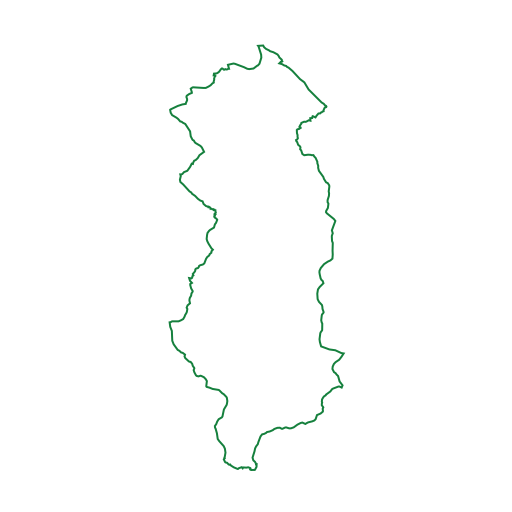 outline of Valea Viilor, Sibiu, Romania, rotated 55°
{"feature_id": "2599482B28979947383281", "entity_name": "Valea Viilor", "entity_type": "district", "adm_level": 2, "iso_a3": "ROU", "parent_name": "Romania", "parent_adm1": "Sibiu", "projection": "orthographic", "projection_center": [24.308, 46.067], "detail": "fine", "context": "isolated", "style": "outline", "palette": "green", "viewbox_px": 512, "rotation_deg": 55, "n_neighbors": 0, "source": "geoboundaries", "source_scale": "gbopen_adm2", "svg_char_len": 6090}
<svg xmlns="http://www.w3.org/2000/svg" viewBox="0 0 512 512"><g transform="rotate(55 256 256)"><path d="M429.0,376.5L426.9,374.9L426.6,375.5L425.9,375.1L424.0,374.9L421.9,375.4L419.2,374.5L415.1,369.2L413.1,367.1L412.0,365.1L411.2,362.5L409.8,360.8L406.4,355.8L405.6,353.3L406.4,351.3L406.7,349.1L406.5,348.0L407.6,345.5L408.3,342.1L408.2,340.2L409.0,337.1L410.3,335.0L412.3,334.0L412.7,333.5L413.2,330.6L413.6,329.7L416.3,327.6L417.2,326.2L418.0,323.4L417.9,318.8L418.4,315.2L419.0,313.6L421.9,311.9L422.0,310.1L422.2,308.7L423.7,304.8L424.2,302.6L423.9,300.8L421.3,297.3L422.1,293.4L421.8,290.5L421.3,290.0L419.4,289.0L418.6,287.7L416.0,287.7L414.9,286.9L413.9,285.8L413.2,285.7L411.4,284.2L410.4,282.1L410.0,280.7L410.1,278.8L409.7,278.2L409.6,272.8L408.7,270.0L408.8,268.9L410.2,263.4L410.8,262.5L412.9,261.3L411.6,259.3L406.8,259.5L401.4,257.6L399.2,258.0L397.6,258.0L395.9,258.7L392.4,258.2L390.6,256.6L389.1,254.1L388.6,251.7L388.7,247.4L387.6,243.8L386.1,240.1L384.4,241.8L378.7,245.1L374.6,249.5L367.4,254.5L363.1,253.0L360.6,251.7L356.1,247.6L355.6,246.8L354.8,244.5L354.5,244.2L349.4,240.5L347.9,240.2L346.0,239.4L342.4,236.2L341.8,235.5L341.3,233.6L340.8,232.8L337.6,231.9L335.3,230.6L333.9,230.1L329.7,230.7L326.9,230.3L326.1,229.9L322.0,227.4L318.9,224.4L317.9,221.6L317.0,216.4L314.8,215.7L313.0,216.1L311.4,215.9L307.3,214.2L305.7,213.4L304.5,212.4L303.0,209.8L301.7,204.9L301.8,200.4L302.3,197.6L302.0,194.9L298.8,192.3L295.5,190.2L289.3,185.6L287.3,185.1L283.5,182.7L282.9,182.2L281.4,180.1L278.5,179.1L272.8,170.9L270.3,171.0L261.6,173.5L260.2,173.5L259.3,172.6L257.9,169.6L255.4,167.3L254.5,166.6L253.0,166.5L251.3,165.3L248.6,161.8L246.6,160.2L244.8,159.4L241.2,156.1L240.1,155.5L237.5,155.4L235.9,156.3L235.2,156.3L231.8,156.1L229.8,155.5L222.3,155.6L219.4,154.5L217.8,153.3L215.1,152.5L214.0,151.7L209.8,150.9L208.0,151.2L206.3,151.1L205.4,152.5L204.5,153.2L202.9,155.2L201.1,158.7L199.0,159.5L195.4,158.4L193.9,158.6L192.4,157.2L191.3,157.1L189.0,157.7L186.3,156.9L185.2,157.1L184.0,156.7L184.1,155.4L183.5,154.1L182.3,153.7L180.8,152.6L178.9,152.0L176.2,150.3L176.0,149.4L176.7,147.6L176.5,146.5L176.7,146.0L176.4,145.8L175.5,146.5L175.1,146.4L174.1,144.5L173.7,143.2L173.0,142.5L173.6,139.5L174.4,138.7L174.8,137.6L175.1,134.9L176.4,133.8L174.2,132.5L175.2,130.8L174.0,129.6L174.0,129.3L176.6,127.8L175.8,125.9L175.1,123.1L176.0,121.6L175.7,120.6L176.0,119.6L175.8,118.8L176.2,117.6L175.4,117.1L174.1,115.1L173.9,114.3L174.3,113.1L174.0,112.6L173.2,112.5L172.1,113.1L170.2,113.2L167.9,114.2L149.8,117.4L141.5,116.8L136.3,118.5L125.4,120.0L120.3,121.3L119.0,122.1L117.6,122.3L116.1,123.6L113.8,124.6L111.6,126.4L111.2,124.3L111.7,123.4L111.6,122.8L111.1,122.9L110.0,122.3L106.8,123.0L105.3,122.7L103.2,122.8L99.0,124.9L96.3,127.0L95.0,127.4L92.1,129.0L89.7,129.6L87.7,129.4L85.1,133.7L85.8,133.7L94.0,136.3L96.6,137.9L100.5,142.9L101.0,145.2L100.8,146.0L101.0,150.5L99.0,154.4L97.6,155.8L94.5,157.5L86.5,163.0L85.4,164.1L83.3,169.3L87.1,170.7L86.7,171.2L86.7,172.3L86.1,173.5L85.3,174.0L85.2,175.2L84.9,175.5L83.3,175.9L82.8,176.3L82.9,177.7L83.9,180.5L84.0,182.4L83.8,183.6L82.5,185.8L83.7,187.0L84.2,186.2L85.2,186.0L85.4,186.9L86.7,188.6L87.6,189.1L88.9,190.7L89.7,191.1L89.6,192.7L90.1,195.2L90.0,197.6L89.5,200.8L88.4,202.4L81.7,210.8L81.5,211.5L81.5,213.5L85.0,214.6L85.6,215.0L85.0,217.8L85.0,220.8L85.8,221.8L87.9,222.4L89.0,223.2L90.5,225.7L91.1,226.3L89.6,229.4L88.2,234.1L86.9,242.0L87.0,242.5L89.7,243.7L92.5,243.9L97.1,241.8L99.1,241.2L102.3,240.9L103.4,239.9L104.8,239.5L107.3,238.2L116.1,238.5L120.5,240.8L123.9,241.3L124.6,241.3L125.8,240.7L127.8,240.9L128.8,240.7L133.9,238.4L135.0,238.2L136.1,238.1L140.9,238.8L141.0,244.5L142.4,247.6L142.8,250.3L142.5,252.0L143.5,253.9L144.4,254.9L143.5,255.7L145.2,258.8L146.8,263.4L146.0,266.9L146.6,269.3L146.4,270.2L145.7,271.2L147.4,271.8L149.9,274.6L152.0,275.5L155.6,274.6L165.0,273.4L166.8,272.6L168.3,272.7L171.9,271.4L175.8,270.8L178.7,269.8L180.6,268.4L183.3,269.1L186.4,268.3L187.9,267.1L188.6,267.1L188.5,266.4L189.4,266.0L190.0,265.8L191.2,266.2L191.3,265.6L192.5,265.1L193.1,264.1L193.7,263.8L193.3,264.5L194.2,264.3L194.5,263.4L196.0,263.5L197.5,264.1L197.6,265.6L197.8,265.7L198.6,265.5L198.6,266.5L199.5,266.6L199.6,267.4L199.9,267.7L200.9,267.7L202.8,267.0L204.1,267.0L205.9,269.7L206.5,271.5L208.6,274.1L208.3,278.8L208.5,280.1L209.3,282.5L210.8,284.1L213.8,286.7L215.9,287.4L218.6,287.8L224.2,288.1L226.1,287.7L226.6,289.8L227.7,290.7L227.9,292.9L228.4,293.5L228.8,294.7L228.8,296.3L229.6,298.4L232.4,302.6L232.5,304.4L231.6,306.9L231.5,308.3L232.2,309.2L232.6,310.5L232.0,311.9L232.0,312.9L232.3,313.5L233.2,314.2L233.7,315.1L234.5,318.1L236.0,318.4L236.0,319.6L237.2,320.8L237.3,321.8L235.7,323.4L238.5,324.3L241.3,323.9L241.2,325.9L242.0,326.5L245.3,327.7L248.5,328.0L249.2,329.0L249.6,330.3L251.3,331.9L252.3,334.1L253.2,335.2L254.3,336.1L256.9,337.2L257.2,340.4L258.6,342.5L260.0,342.6L262.2,344.8L262.9,346.0L263.8,348.1L264.6,349.1L265.7,351.4L265.9,351.8L265.6,354.6L265.1,356.9L261.4,362.2L261.2,364.0L260.8,364.8L264.9,366.9L269.1,367.9L277.4,373.2L281.1,374.1L288.0,374.0L289.8,373.1L292.0,372.7L293.3,371.6L296.1,370.7L297.2,372.1L299.0,372.5L303.7,371.5L304.4,371.2L305.2,370.3L307.7,370.1L309.7,370.8L312.3,370.8L312.7,371.0L313.7,372.5L315.9,373.2L319.3,373.6L320.2,373.4L321.6,372.2L322.2,370.2L322.9,369.6L325.4,368.2L328.1,367.8L330.3,368.0L334.1,371.4L334.9,371.5L337.2,369.6L340.0,367.8L344.3,363.4L345.0,363.1L349.1,362.4L350.6,361.7L354.4,361.1L355.4,361.2L358.4,362.7L360.1,364.3L361.1,365.4L363.3,370.3L368.2,375.5L368.6,376.5L368.3,380.2L369.4,382.8L370.9,385.0L371.7,387.2L373.1,388.0L374.2,388.1L378.8,389.7L383.9,392.3L386.5,392.3L393.2,391.5L396.0,392.0L399.6,393.8L402.5,396.7L403.2,397.7L403.7,397.6L404.1,399.0L407.0,399.5L407.6,399.4L408.8,398.3L411.0,398.0L411.7,397.6L411.9,396.8L413.3,396.7L416.4,395.4L419.9,393.2L420.1,392.9L420.0,391.6L420.8,388.9L422.3,388.7L421.9,387.7L423.9,385.2L424.6,383.6L426.5,382.3L427.0,382.4L427.4,383.2L427.8,383.2L428.5,382.7L430.5,379.8L430.5,379.4L429.0,376.5Z" fill="none" stroke="#15803d" stroke-width="2"/></g></svg>